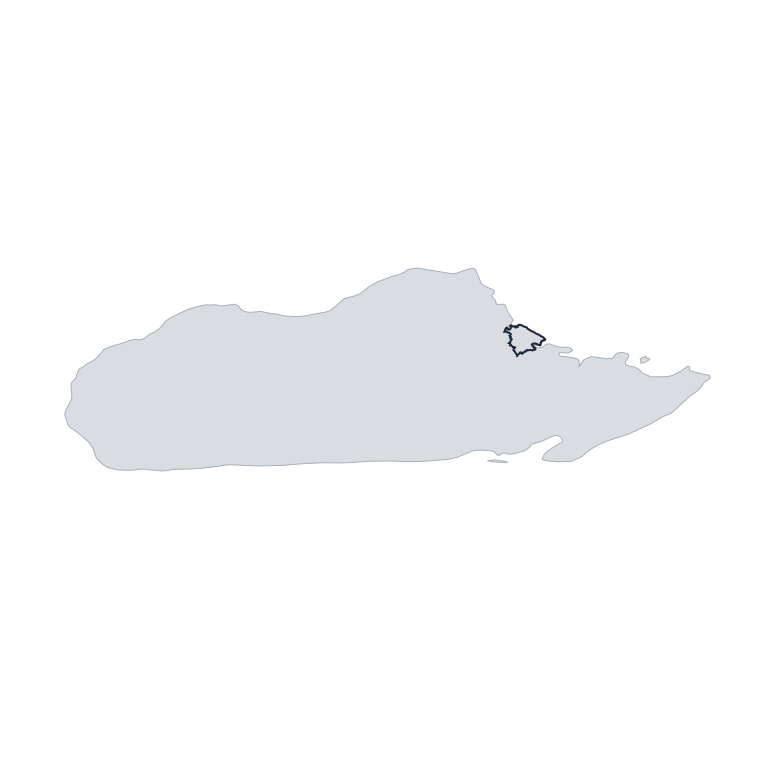 location of Mahajanga II, Boeny, Madagascar, rotated 74°
{"feature_id": "10022922B51504984909978", "entity_name": "Mahajanga II", "entity_type": "district", "adm_level": 2, "iso_a3": "MDG", "parent_name": "Madagascar", "parent_adm1": "Boeny", "projection": "equal_earth", "projection_center": [46.72, -15.594], "detail": "fine", "context": "in_parent", "style": "outline", "palette": "slate", "viewbox_px": 768, "rotation_deg": 74, "n_neighbors": 0, "source": "geoboundaries", "source_scale": "gbopen_adm2", "svg_char_len": 8228}
<svg xmlns="http://www.w3.org/2000/svg" viewBox="0 0 768 768"><g transform="rotate(74 384 384)"><path d="M477.3,85.3L478.9,90.3L480.8,95.1L486.6,106.6L489.1,111.1L491.3,115.8L492.3,125.2L496.0,139.8L499.4,161.8L500.3,184.3L501.4,194.6L504.1,204.3L508.5,214.3L509.9,225.5L507.1,237.0L503.0,247.9L502.0,249.9L500.1,252.7L499.3,252.5L496.1,249.7L493.5,245.2L490.3,234.4L489.1,228.9L487.7,228.0L483.9,228.5L481.1,231.9L480.6,234.1L481.1,240.2L482.2,245.6L482.6,251.2L482.6,258.2L483.7,260.3L485.2,262.0L486.8,266.6L487.0,277.5L486.0,283.0L483.2,287.7L483.4,290.3L484.4,293.0L483.4,294.6L479.8,296.6L478.3,298.4L476.3,303.2L473.1,313.0L472.7,318.0L474.6,333.2L474.0,343.9L469.8,364.5L467.5,374.2L464.2,385.8L459.1,401.2L454.0,420.4L449.8,440.1L446.6,452.0L443.0,463.6L438.2,484.2L434.0,505.1L427.9,528.0L419.4,553.5L418.5,556.8L416.8,569.8L414.9,581.1L412.6,592.2L407.9,610.7L407.4,616.3L406.3,621.8L401.8,633.3L399.9,637.6L398.6,642.1L397.8,647.9L396.5,653.4L393.2,663.6L388.3,672.4L385.0,675.6L377.9,680.2L374.2,681.2L366.2,681.3L358.4,683.9L350.3,689.0L342.5,694.8L339.5,697.5L336.2,699.1L325.9,699.4L322.9,698.2L312.5,688.6L308.5,687.1L300.9,685.8L298.6,685.0L296.5,683.7L293.4,678.7L287.3,674.5L285.8,673.2L284.9,670.3L284.2,667.1L282.6,663.6L281.4,656.9L279.4,652.2L273.7,644.0L273.1,641.3L272.6,632.5L272.7,626.6L272.1,615.7L272.7,610.5L274.6,605.9L273.8,600.9L271.6,595.6L270.8,590.2L269.2,585.2L263.2,576.2L261.8,571.8L260.8,567.3L258.4,553.0L258.1,548.1L258.3,537.5L259.1,532.1L260.5,528.4L260.9,525.6L261.8,523.1L263.2,521.2L264.1,518.9L266.2,505.4L269.0,502.4L273.2,500.7L276.5,497.2L278.4,492.4L280.2,482.6L285.4,472.9L287.3,467.7L291.5,460.0L295.2,449.1L296.3,443.9L297.1,438.7L298.0,427.1L298.7,421.3L298.5,415.6L296.3,409.7L291.1,399.1L291.0,397.1L291.3,389.2L290.9,383.4L288.9,377.7L286.5,372.3L284.0,362.2L282.7,345.6L283.0,339.5L282.2,334.2L280.5,329.0L281.7,320.1L297.0,287.7L297.5,283.8L296.8,273.9L297.1,268.2L297.6,266.0L298.8,264.8L301.5,264.2L314.0,262.8L315.6,261.8L318.7,259.0L323.0,253.7L325.0,252.2L326.7,252.8L327.8,255.0L329.2,256.3L334.2,253.9L336.2,253.8L338.2,254.2L339.1,252.0L339.7,249.0L340.4,246.9L341.7,245.7L348.3,245.1L352.4,244.2L357.8,242.2L359.0,242.6L363.3,250.0L364.6,250.7L366.3,251.0L367.8,249.6L364.3,245.7L363.7,243.5L363.9,241.0L365.8,235.6L369.0,231.5L376.0,225.3L383.3,218.1L385.4,217.6L387.2,218.8L388.6,227.3L388.4,228.7L389.5,228.8L390.9,227.8L392.1,224.4L392.2,221.5L391.2,218.8L390.7,216.5L390.7,214.4L394.4,209.3L397.3,204.5L398.7,198.8L399.8,196.2L402.9,193.2L403.8,193.7L404.5,196.1L404.9,198.7L404.1,201.2L403.0,203.7L402.5,207.1L404.3,207.7L405.9,206.9L408.3,200.8L411.0,195.1L412.7,192.1L414.7,190.1L418.1,190.5L421.4,191.8L416.0,185.7L414.7,177.4L421.1,163.1L421.2,160.1L422.1,159.2L422.6,158.0L419.3,153.1L418.6,150.7L419.1,147.1L420.7,143.8L422.1,141.6L424.2,140.7L425.8,142.0L429.3,145.9L431.8,146.5L434.7,142.7L437.1,137.9L440.6,134.6L444.7,132.6L450.9,125.1L455.0,109.3L455.3,104.7L454.5,99.1L453.0,93.8L450.7,87.2L451.3,85.7L454.7,86.6L455.8,85.7L459.5,79.8L465.6,68.6L467.6,68.6L469.3,70.7L470.0,73.8L471.1,76.0L475.2,81.4L477.3,85.3ZM434.9,129.7L434.9,131.4L430.3,130.7L429.5,124.7L431.8,124.5L432.3,122.1L433.7,121.8L435.2,127.1L434.9,129.7ZM490.3,297.1L486.3,305.8L487.4,298.5L492.1,288.1L493.4,287.3L490.3,297.1Z" fill="#d9dde1" stroke="#a8b0b8" stroke-width="1"/><path d="M365.0,241.6L365.1,241.8L365.2,242.0L364.7,242.3L364.8,242.5L364.9,242.9L364.8,243.0L364.7,243.1L364.7,243.5L364.6,243.8L364.6,243.7L364.4,243.9L364.1,244.3L364.1,244.5L363.8,244.9L363.6,245.2L363.3,245.3L363.0,245.3L363.0,245.5L362.9,245.5L362.9,245.4L362.7,245.4L362.7,245.9L362.9,246.3L363.1,246.8L363.4,246.9L363.6,246.8L363.8,246.8L364.1,246.6L364.5,246.5L365.2,246.7L365.5,246.9L365.7,247.1L365.9,247.3L366.0,247.4L366.1,247.5L366.2,247.8L366.2,248.1L366.1,248.7L366.0,249.0L365.9,249.3L365.7,249.6L365.2,249.5L365.1,249.4L364.6,249.6L364.8,249.9L364.8,250.2L364.7,250.7L364.5,251.0L364.1,251.0L363.8,250.7L363.7,250.7L363.7,250.9L363.9,251.2L363.9,251.3L364.2,251.7L365.4,252.7L365.7,253.0L367.0,253.9L367.3,252.2L367.5,251.5L367.6,251.4L367.8,251.3L368.5,251.2L368.7,250.7L368.8,250.4L368.9,250.1L369.1,249.8L369.5,249.4L370.9,248.3L371.0,248.3L371.2,248.6L371.3,248.8L371.4,249.0L371.6,249.1L371.8,249.2L372.0,249.3L372.1,249.5L372.2,249.8L372.4,249.6L372.7,249.4L373.0,249.2L373.3,249.1L373.7,249.8L373.9,249.9L374.1,249.9L374.5,249.8L374.5,249.7L374.7,249.8L374.8,250.0L375.0,249.9L375.1,249.6L375.1,249.4L375.2,249.2L375.7,249.0L375.8,249.1L376.0,249.1L376.3,249.0L376.5,249.0L376.7,249.5L376.8,249.6L377.0,250.0L377.4,250.5L377.7,250.6L378.1,250.8L378.4,250.9L378.6,251.2L378.8,251.6L378.7,252.1L378.8,252.2L378.9,252.4L379.0,252.6L379.1,252.4L379.1,252.0L379.1,251.9L379.3,251.9L379.5,251.9L379.8,251.8L380.1,251.6L380.3,251.5L380.7,251.4L381.0,251.5L381.0,251.8L381.3,251.9L381.4,252.1L381.5,252.3L381.7,252.2L381.8,251.3L381.9,251.0L382.1,250.9L382.6,250.8L382.8,250.7L383.4,250.2L383.6,250.0L383.8,250.0L383.8,249.8L383.9,249.6L384.0,249.4L384.0,249.2L384.3,248.8L384.5,248.9L384.6,248.7L384.8,248.4L384.8,248.1L385.0,247.9L385.1,248.0L385.2,248.3L385.3,248.6L385.7,249.0L385.9,249.6L386.0,249.6L386.1,249.8L386.4,249.9L387.4,250.2L387.6,250.1L387.7,249.9L388.2,249.5L388.9,249.5L389.2,249.3L389.7,249.0L390.1,248.9L390.8,248.8L391.2,248.7L392.0,248.6L392.3,248.5L392.6,248.3L393.5,248.2L393.8,248.3L393.8,248.2L393.7,248.1L393.5,247.8L393.3,247.7L393.1,247.7L392.6,247.3L392.6,247.2L392.5,246.7L392.3,246.4L392.3,245.9L392.2,245.6L391.7,245.0L391.5,244.9L391.3,244.8L391.3,244.7L391.3,244.4L391.2,244.1L391.2,243.9L391.3,243.8L391.6,243.6L391.7,243.3L391.9,243.2L392.1,243.3L392.6,243.2L392.7,242.9L392.8,242.8L392.9,243.0L393.0,242.9L392.9,242.6L392.7,242.4L392.7,242.1L392.5,241.6L392.4,241.5L392.2,241.5L392.1,241.4L392.1,241.2L391.9,240.5L391.7,240.1L391.5,239.9L391.5,239.7L391.8,239.5L391.9,239.4L391.9,239.2L391.7,238.9L391.6,238.4L391.5,238.2L391.3,238.1L391.0,238.0L390.8,237.9L390.7,237.7L390.8,237.3L391.1,237.2L391.0,236.7L391.3,236.5L391.3,236.3L391.4,236.0L391.3,235.7L391.4,234.9L391.7,233.9L391.8,233.5L392.0,233.3L392.2,233.0L392.2,232.8L392.3,232.6L392.5,232.4L392.4,231.4L392.4,231.2L392.6,230.9L392.7,230.4L392.8,230.0L392.7,229.8L392.3,228.9L392.2,228.9L391.9,228.7L391.7,228.7L391.3,228.6L391.1,228.7L391.0,228.8L391.0,229.2L390.7,229.3L390.6,229.7L390.4,229.9L390.4,230.0L390.2,230.0L389.9,229.8L389.6,230.1L389.3,230.3L389.0,230.2L388.9,230.2L388.7,230.5L388.3,230.7L388.1,230.6L387.9,230.9L387.6,230.8L387.4,230.8L387.1,230.5L386.9,230.6L386.7,230.8L386.5,230.6L386.3,230.3L386.2,230.2L386.2,229.9L386.4,229.1L386.6,228.3L386.7,228.2L386.9,227.5L387.1,227.2L387.4,226.6L387.2,226.6L387.4,226.3L387.6,226.4L387.8,226.1L388.0,226.1L388.5,225.7L388.5,225.4L388.7,225.2L388.8,225.0L388.9,224.8L389.1,224.6L389.4,224.2L389.6,223.9L389.7,223.7L389.8,223.6L389.9,223.4L389.9,223.2L389.7,223.2L389.6,223.3L389.4,223.2L389.4,223.3L389.2,223.3L389.2,223.2L389.2,222.8L389.0,222.3L388.2,222.0L387.7,221.9L387.4,221.7L387.3,221.4L386.7,221.2L386.3,221.0L386.3,220.8L386.2,220.6L386.1,220.3L386.2,220.1L386.0,219.6L385.9,219.1L385.9,218.6L386.0,218.4L386.1,218.2L386.1,217.8L386.0,217.6L386.0,217.3L386.0,217.1L385.9,216.8L385.7,216.8L385.3,216.8L384.8,217.1L384.3,217.3L383.4,217.8L383.2,217.9L383.2,218.0L382.9,218.1L381.7,219.5L381.1,220.0L380.8,220.2L380.5,220.7L380.1,220.9L379.8,221.1L379.6,221.4L379.4,221.5L378.8,222.1L378.6,222.6L378.1,223.1L377.9,223.4L377.7,223.7L376.7,224.5L376.2,225.1L375.7,225.4L375.6,225.6L375.3,225.8L375.0,226.0L374.9,226.2L374.5,226.6L374.4,226.9L374.2,227.3L373.8,227.6L373.6,228.0L372.9,228.7L372.7,228.8L372.3,228.9L372.2,229.0L371.6,229.8L370.6,230.6L370.4,230.6L369.6,231.1L368.8,231.3L368.7,231.4L368.4,231.7L368.3,231.8L368.0,232.6L367.5,233.5L367.0,233.9L365.5,235.7L365.3,235.7L365.1,236.1L364.6,236.8L364.5,237.1L364.5,237.3L364.6,237.5L364.6,237.9L364.5,238.0L364.5,238.3L364.4,238.4L364.6,238.7L364.9,239.2L364.9,239.3L365.0,239.4L365.0,239.6L365.3,239.6L365.3,239.8L365.5,239.9L365.5,240.1L365.5,240.4L365.6,240.5L365.7,240.4L365.7,240.6L365.9,240.7L365.9,240.8L366.0,240.8L366.0,241.0L366.0,241.5L365.8,241.4L365.3,241.4L365.2,241.4L365.0,241.6Z" fill="none" stroke="#1e293b" stroke-width="2"/></g></svg>